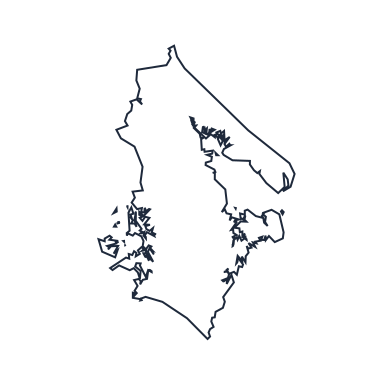 Rodney Local Board Area, Auckland, New Zealand, rotated 163°
{"feature_id": "76426892B62509674219060", "entity_name": "Rodney Local Board Area", "entity_type": "district", "adm_level": 2, "iso_a3": "NZL", "parent_name": "New Zealand", "parent_adm1": "Auckland", "projection": "equal_earth", "projection_center": [174.565, -36.497], "detail": "fine", "context": "isolated", "style": "outline", "palette": "slate", "viewbox_px": 384, "rotation_deg": 163, "n_neighbors": 0, "source": "geoboundaries", "source_scale": "gbopen_adm2", "svg_char_len": 6143}
<svg xmlns="http://www.w3.org/2000/svg" viewBox="0 0 384 384"><g transform="rotate(163 192 192)"><path d="M192.9,82.4L178.4,93.3L178.5,101.2L185.7,93.9L183.7,98.7L187.5,97.3L188.2,97.4L188.9,98.7L182.9,99.2L180.8,102.1L181.1,104.9L182.8,106.0L184.1,105.9L184.8,106.4L181.5,105.7L181.9,107.2L179.7,108.3L181.3,106.4L180.3,102.9L175.2,103.4L173.3,99.8L168.9,107.3L166.0,105.6L164.4,107.7L166.6,114.2L168.2,114.0L168.7,112.4L169.5,111.3L170.5,110.7L167.0,117.6L164.2,111.1L163.2,115.7L161.4,109.2L159.4,114.9L155.6,117.5L155.5,124.4L154.8,121.5L151.4,121.4L152.9,126.6L147.6,121.0L148.5,126.0L145.4,124.1L145.9,126.0L140.8,125.4L141.4,128.6L137.8,128.7L139.8,126.0L137.0,125.0L134.4,128.8L135.5,124.4L131.3,127.4L127.5,119.9L118.7,121.1L116.2,126.6L115.0,145.1L121.1,151.7L131.0,151.2L128.6,151.0L130.8,150.3L131.1,149.4L130.3,149.5L128.6,146.7L130.9,142.0L129.6,137.4L132.0,141.6L131.4,146.3L138.0,150.3L144.0,158.9L147.0,158.7L148.1,154.9L152.3,157.4L153.1,153.1L151.1,150.9L148.4,153.7L148.2,153.3L149.9,150.2L148.6,147.7L154.0,149.6L161.8,145.4L157.3,143.4L158.0,139.5L155.4,139.5L156.5,135.7L153.5,136.7L156.0,134.0L155.2,133.6L153.7,133.8L153.1,133.6L156.0,133.6L154.3,132.3L154.4,132.0L154.0,131.6L154.0,131.0L153.7,130.8L153.8,130.3L155.2,132.3L158.9,131.0L159.6,136.1L162.3,133.1L162.3,135.5L165.9,134.0L167.5,130.0L168.3,128.9L168.6,129.0L168.6,128.5L168.9,128.4L166.6,133.5L164.5,135.5L166.1,136.2L166.3,136.9L166.3,137.1L161.9,137.8L164.4,140.7L163.6,144.2L165.6,144.3L158.2,150.0L158.6,152.3L160.8,150.6L159.3,152.3L155.2,152.0L161.3,156.1L164.3,153.8L161.1,159.2L165.2,161.5L165.7,165.8L169.4,164.1L162.0,170.7L159.4,184.7L166.5,197.5L164.4,204.1L166.7,204.2L163.8,204.3L164.0,206.9L171.1,213.8L170.2,216.1L164.5,216.0L162.7,219.9L166.7,223.1L161.5,222.8L160.0,225.5L168.2,226.8L167.7,229.3L170.3,229.5L167.8,239.9L165.6,240.4L167.9,241.7L167.6,245.4L171.6,252.8L169.4,254.4L171.1,254.5L171.9,256.5L169.3,257.9L171.7,257.8L171.8,261.0L171.0,261.7L169.8,259.8L169.3,261.8L171.6,263.2L171.7,263.8L169.0,261.9L169.7,259.6L171.5,261.2L171.5,258.2L169.6,258.8L169.0,257.9L171.3,255.3L168.6,254.4L170.9,252.9L163.0,239.1L158.8,241.0L164.8,246.3L162.6,250.9L162.1,250.9L162.4,249.4L162.0,248.8L161.7,249.9L160.8,250.9L162.1,247.0L159.2,248.5L161.3,243.5L158.4,242.8L158.2,244.2L157.1,244.9L157.4,245.1L157.4,245.5L156.8,247.2L156.8,244.7L156.6,245.8L155.7,246.7L156.4,244.7L158.0,243.9L156.4,244.1L154.6,246.9L152.1,244.9L158.2,243.3L154.4,238.0L154.2,239.9L151.2,240.3L153.4,238.3L150.2,236.2L151.8,235.3L151.0,228.3L147.6,231.9L151.2,241.8L147.1,242.2L147.2,239.4L143.5,241.0L145.9,231.3L145.0,232.2L139.9,233.6L146.9,228.4L146.2,225.3L142.2,227.2L141.8,225.6L141.2,225.4L148.9,223.8L151.6,220.7L150.9,218.2L144.0,210.5L127.5,204.8L128.6,201.4L126.4,194.7L124.0,191.0L121.0,192.1L122.3,189.6L118.3,178.8L109.9,165.8L101.9,169.8L99.0,183.8L96.8,176.1L97.9,170.0L104.8,166.1L96.2,168.2L88.6,179.3L90.4,191.0L120.2,234.5L162.9,312.3L166.8,325.7L166.4,337.1L172.4,335.9L171.2,333.4L173.9,330.9L173.1,326.5L179.3,320.8L208.7,324.9L212.6,314.9L211.8,306.1L217.0,297.6L213.7,295.8L215.3,294.0L214.1,290.3L217.9,296.8L224.5,296.5L223.7,292.8L226.3,287.6L231.1,285.5L235.4,279.4L234.2,274.4L246.1,273.6L244.3,264.1L233.7,252.2L231.9,230.6L238.5,216.1L238.6,207.9L248.7,209.7L248.3,203.3L252.8,199.5L249.5,191.7L244.6,191.3L246.4,187.8L243.5,186.3L242.2,189.9L241.7,189.9L241.6,187.1L238.0,188.3L237.2,187.7L245.2,183.3L248.2,188.5L249.1,185.6L246.2,183.0L249.5,182.6L247.8,178.9L244.0,182.0L240.3,179.7L247.2,175.0L241.8,172.9L246.6,173.0L246.4,169.8L243.9,167.2L239.9,168.9L242.3,165.1L238.8,162.0L241.2,163.0L241.0,160.9L246.9,166.8L250.0,164.1L249.3,162.5L249.7,161.0L251.1,164.5L249.2,167.8L252.3,167.2L253.2,167.6L251.2,168.4L253.2,170.4L251.0,171.5L254.2,180.9L251.7,188.6L255.1,182.5L255.2,174.9L256.1,178.6L259.4,179.7L256.9,182.1L258.5,186.7L257.3,185.2L257.4,188.4L254.4,188.4L254.5,195.0L258.8,190.8L263.0,173.2L266.4,171.8L267.0,169.3L265.4,171.2L261.4,167.6L258.5,169.4L253.4,164.4L252.7,159.3L255.0,154.6L252.8,150.7L249.0,153.6L246.8,151.8L248.5,150.7L246.5,146.7L247.9,147.4L246.7,143.4L249.0,150.6L251.7,147.7L249.5,136.6L252.5,142.3L252.2,146.9L253.4,142.5L252.3,139.9L253.4,139.7L254.1,144.9L255.3,143.5L255.7,143.8L256.4,147.6L254.0,146.9L252.8,149.9L256.9,150.4L254.6,151.6L256.5,154.0L260.8,152.0L260.0,148.1L264.6,146.9L263.0,150.0L264.7,152.3L267.5,149.2L270.6,151.2L271.5,146.6L274.3,148.6L292.5,143.2L290.8,140.6L283.2,143.1L274.4,135.4L270.0,136.2L267.3,130.9L267.2,124.2L264.2,131.6L268.1,137.4L266.0,140.2L262.0,138.7L263.3,136.9L261.0,124.3L256.9,130.0L256.6,130.1L255.9,130.0L255.7,130.0L254.9,129.6L253.8,128.0L254.0,127.2L256.7,130.0L260.4,122.1L264.7,122.4L268.6,118.8L267.1,121.8L268.3,124.4L273.1,124.7L271.5,118.1L275.8,114.3L274.4,111.5L276.8,110.1L276.3,111.9L278.0,113.0L279.5,108.1L273.2,104.9L267.1,105.3L252.4,95.6L233.7,72.8L220.1,46.9L217.0,48.5L217.2,52.8L214.8,55.6L210.8,56.7L211.4,62.5L209.5,65.9L206.9,65.5L204.5,70.5L196.3,72.2L192.7,77.5L192.9,82.4ZM284.6,152.0L280.2,158.1L284.9,156.0L278.5,162.0L285.3,163.8L289.0,161.6L287.4,163.3L288.9,165.2L279.4,164.9L279.5,166.1L277.7,165.8L277.6,167.1L284.9,170.5L282.1,172.1L283.6,174.3L289.1,173.0L289.9,170.4L295.2,174.2L295.4,161.2L284.6,152.0ZM273.2,194.7L269.7,195.3L269.0,198.3L273.2,194.7ZM111.9,144.2L110.2,146.0L111.3,148.2L112.6,147.4L111.9,144.2ZM147.4,236.6L146.5,233.1L145.3,237.4L147.4,236.6ZM158.1,220.1L156.4,219.6L158.0,222.5L158.1,220.1ZM276.7,181.7L274.6,181.0L275.0,183.3L276.7,181.7ZM273.4,183.8L271.0,183.7L271.0,184.2L273.4,183.8ZM161.4,246.3L162.7,245.7L162.4,244.8L161.4,246.3ZM273.1,103.4L271.8,103.3L272.1,104.5L273.1,103.4ZM131.6,148.3L130.4,148.7L131.5,148.7L131.6,148.3ZM147.8,238.0L148.8,238.5L148.3,237.1L147.8,238.0ZM251.3,189.7L251.9,189.0L251.7,188.9L251.3,189.7ZM155.3,164.1L155.1,163.3L154.8,163.8L155.3,164.1ZM257.5,198.1L258.2,196.9L258.1,196.4L257.5,198.1ZM271.3,165.1L272.0,165.2L271.5,164.3L271.3,165.1ZM270.8,184.3L269.8,184.5L270.9,184.7L270.8,184.3ZM132.1,148.7L131.9,148.2L131.6,149.0L132.1,148.7ZM271.5,160.7L270.8,161.0L271.5,160.8L271.5,160.7Z" fill="none" stroke="#1e293b" stroke-width="2"/></g></svg>